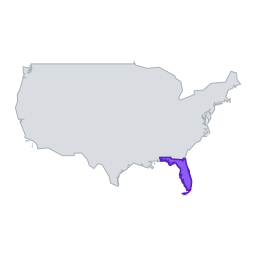 Florida highlighted on a map of United States of America
{"feature_id": "USA-3542", "entity_name": "Florida", "entity_type": "State", "adm_level": 1, "iso_a3": "USA", "parent_name": "United States of America", "parent_adm1": "", "projection": "equal_earth", "projection_center": [-82.742, 27.771], "detail": "fine", "context": "in_parent", "style": "filled", "palette": "violet", "viewbox_px": 256, "rotation_deg": 0, "n_neighbors": 0, "source": "natural_earth", "source_scale": "10m", "svg_char_len": 8938}
<svg xmlns="http://www.w3.org/2000/svg" viewBox="0 0 256 256"><path d="M210.9,83.4L225.6,82.0L231.0,71.3L236.5,73.1L237.1,79.8L240.6,84.2L235.1,85.8L234.9,87.1L233.9,85.5L232.7,88.2L228.4,90.0L225.8,96.8L228.4,99.8L230.1,99.4L229.6,98.1L230.1,98.7L230.3,100.2L225.6,101.1L224.6,99.6L224.2,101.7L218.7,102.2L214.7,105.0L215.1,103.4L214.6,102.4L213.6,106.1L214.8,106.8L214.5,110.0L211.8,114.1L208.8,111.5L210.5,108.9L208.6,110.7L209.4,113.6L210.7,115.3L211.0,117.1L207.6,123.9L208.6,119.6L205.7,115.6L207.5,111.4L204.7,112.7L205.8,118.9L203.1,117.0L202.2,117.2L203.0,115.3L202.9,114.7L202.0,116.2L202.0,117.5L206.1,119.9L205.3,121.1L203.4,118.9L202.7,118.5L205.0,121.1L206.0,121.6L205.5,123.2L204.2,122.0L206.2,124.4L205.7,124.7L204.8,123.5L202.3,122.9L205.4,125.2L207.4,125.2L209.4,131.0L207.6,126.5L208.2,129.4L204.5,128.8L207.2,131.7L208.5,130.9L206.9,133.5L203.3,132.6L205.5,134.0L203.7,135.3L205.9,136.3L201.9,136.9L199.9,141.2L196.2,142.4L189.1,150.3L188.1,149.4L185.4,156.7L185.2,158.5L186.4,164.1L191.5,180.9L189.8,189.9L187.1,190.5L184.5,185.6L184.0,181.6L180.2,177.0L181.5,175.0L179.7,175.1L180.5,169.2L176.1,163.4L169.3,164.7L168.1,161.4L161.5,161.1L162.3,159.8L161.1,161.1L158.1,161.7L158.1,159.1L157.6,160.9L148.4,161.4L152.2,162.7L150.8,165.1L153.7,167.4L152.2,168.7L149.0,165.5L148.7,168.0L144.2,166.9L141.8,163.9L140.2,165.4L133.6,163.1L129.6,166.4L130.7,165.5L128.6,164.6L127.4,168.8L123.2,171.4L124.2,170.6L121.6,170.2L122.4,171.6L119.2,173.4L117.8,178.0L116.5,177.3L117.6,178.5L117.6,182.8L118.8,185.4L117.8,186.3L110.5,183.0L109.2,176.7L102.0,164.4L98.0,163.7L93.8,168.6L89.2,165.3L87.5,159.7L81.7,153.1L74.3,153.1L74.1,155.6L62.3,155.6L47.9,147.9L37.8,148.9L37.0,144.7L33.2,140.8L24.9,137.7L25.3,134.8L20.0,121.8L20.4,120.4L21.6,122.1L21.2,119.3L24.4,119.1L18.4,119.4L15.4,107.5L17.6,101.3L17.3,94.4L19.7,89.9L23.2,77.3L26.1,77.7L23.0,77.0L24.7,73.7L23.5,73.7L23.1,66.8L30.0,68.0L27.8,71.6L30.7,69.1L29.8,72.1L27.9,72.8L29.1,73.0L30.8,71.7L31.9,68.6L31.0,63.9L133.9,63.9L134.0,62.1L135.8,65.1L147.2,68.4L159.0,67.2L174.8,75.8L175.4,78.0L180.8,81.6L182.5,90.5L178.5,97.8L180.3,100.2L194.5,94.4L194.0,91.1L195.2,90.5L203.1,90.2L210.9,83.4ZM220.5,103.7L222.8,103.4L214.5,105.5L221.3,102.9L220.5,103.7ZM30.9,66.8L31.4,68.7L31.3,69.0L30.3,67.6L30.9,66.8ZM118.7,184.6L117.9,180.9L118.0,178.7L118.1,181.0L118.7,184.6ZM235.7,86.1L235.8,87.1L235.4,86.9L235.7,86.1ZM141.8,165.0L142.0,165.8L141.2,165.1L141.8,165.0ZM27.8,141.1L28.9,140.6L29.0,140.7L27.8,141.1ZM26.8,140.7L26.3,141.3L26.1,140.8L26.8,140.7ZM227.8,101.3L227.2,102.0L227.0,101.8L227.8,101.3ZM118.7,176.8L118.1,178.5L119.6,175.2L118.7,176.8ZM190.0,175.3L191.0,178.7L189.9,175.0L190.0,175.3ZM32.6,143.7L33.0,144.6L32.6,143.8L32.6,143.7ZM190.2,190.4L189.4,191.5L190.7,189.3L190.2,190.4ZM209.8,133.0L208.9,134.2L209.6,131.3L209.8,133.0ZM30.3,65.3L30.1,65.8L29.8,65.5L30.3,65.3ZM122.4,172.3L121.0,173.0L122.5,172.0L122.4,172.3ZM230.1,101.6L230.1,102.4L229.3,102.2L230.1,101.6ZM32.3,146.2L32.5,147.2L32.1,146.3L32.3,146.2ZM120.6,173.7L120.0,174.1L120.5,173.4L120.6,173.7ZM210.6,118.4L209.7,120.1L210.8,117.8L210.6,118.4ZM129.2,167.1L128.2,167.8L129.6,166.7L129.2,167.1ZM185.6,157.5L185.4,158.9L185.4,158.0L185.6,157.5ZM206.2,136.5L205.9,136.8L206.8,135.8L206.2,136.5ZM171.7,164.5L170.6,165.2L170.1,165.0L171.7,164.5ZM157.7,161.4L157.4,161.7L156.8,161.6L157.7,161.4ZM182.7,181.7L182.9,182.7L182.5,181.5L182.7,181.7ZM154.7,163.3L154.5,164.2L154.5,162.6L154.7,163.3ZM187.6,192.8L187.0,192.9L187.9,192.6L187.6,192.8ZM214.3,110.5L213.9,111.3L214.4,110.2L214.3,110.5ZM208.2,134.5L207.8,134.8L207.7,134.8L208.2,134.5Z" fill="#d9dde1" stroke="#a8b0b8" stroke-width="1"/><path d="M161.0,161.1L160.3,161.1L160.5,161.1L160.5,160.9L160.9,160.5L160.6,160.3L160.5,160.0L160.6,159.2L160.2,158.9L159.7,158.1L159.9,157.4L170.7,157.4L170.9,158.0L171.0,158.7L171.2,159.0L182.2,159.8L182.3,160.3L182.3,160.6L182.5,160.9L183.0,160.9L183.2,159.7L183.0,159.3L183.0,158.9L183.4,158.4L184.6,158.9L185.5,159.1L185.6,160.0L185.3,159.5L185.3,159.9L185.7,160.4L185.7,161.3L186.4,164.4L187.8,168.2L189.0,170.5L189.4,171.5L189.2,171.9L189.2,173.0L189.4,173.8L189.8,174.7L189.8,174.9L189.2,173.7L189.1,173.0L189.1,172.0L189.2,171.3L189.1,170.8L188.9,170.7L188.8,170.8L188.4,170.7L188.5,170.0L188.1,169.7L188.6,172.1L190.1,176.1L190.3,176.9L190.9,178.7L190.9,178.8L190.8,178.7L190.4,178.5L191.1,179.1L191.4,180.0L191.4,180.3L191.6,180.9L191.5,181.2L191.6,182.2L191.3,184.7L191.2,185.0L191.3,185.1L191.2,186.8L191.2,186.1L191.0,186.3L191.0,186.9L190.7,187.1L190.5,187.7L190.3,188.5L190.5,189.1L190.0,189.8L190.1,190.2L189.9,189.9L189.7,190.0L189.9,190.0L189.9,190.3L189.8,190.1L189.6,190.0L189.6,189.8L189.4,189.8L189.2,190.2L189.0,190.3L188.8,190.4L188.4,190.4L188.2,190.2L187.9,190.4L187.1,190.5L186.8,189.9L186.8,189.5L187.0,189.3L187.2,189.7L187.6,189.9L187.5,190.0L187.8,190.0L187.9,189.8L187.6,189.4L186.9,189.0L186.6,188.2L186.3,187.2L186.2,187.2L186.0,186.9L186.0,186.6L185.5,186.1L185.0,186.1L184.9,185.8L184.8,186.0L184.6,185.9L184.5,186.1L184.4,186.0L184.4,185.8L184.6,185.9L184.7,185.6L184.4,185.5L184.2,184.7L184.1,185.0L183.9,183.0L183.8,182.7L183.7,183.0L183.2,182.8L183.3,182.6L183.6,182.4L183.7,182.1L184.2,181.5L183.7,181.9L183.5,182.4L183.1,182.5L182.9,181.7L183.0,180.6L182.8,180.4L183.3,180.1L183.3,179.9L182.8,180.1L182.6,180.3L182.5,180.0L182.3,180.0L182.1,179.8L182.4,180.2L182.6,181.0L182.5,180.8L182.4,181.0L181.9,180.7L181.8,180.2L181.7,180.1L181.8,180.4L181.7,180.3L181.3,179.3L181.2,178.6L180.9,178.3L181.0,178.1L180.8,177.6L180.3,177.3L180.2,176.9L180.5,177.2L180.4,177.0L180.5,176.9L180.8,177.0L180.6,176.9L180.8,176.7L180.6,176.8L181.6,175.3L181.5,174.7L181.3,174.6L181.2,175.2L181.0,174.5L180.6,174.4L180.3,174.0L180.3,174.4L180.5,174.4L180.2,174.6L180.9,174.8L180.7,175.0L180.6,175.8L179.8,175.1L180.1,175.7L180.2,176.1L179.7,175.2L179.6,174.7L179.8,174.5L179.7,174.8L180.0,173.6L179.9,173.1L180.2,172.5L180.4,171.7L180.6,170.3L180.5,169.9L180.3,169.7L180.6,169.8L180.6,169.2L180.2,168.8L179.9,167.6L178.9,167.5L178.7,167.0L178.4,166.8L178.1,166.3L177.3,165.6L177.4,164.9L176.7,164.5L176.2,163.4L174.7,162.4L174.1,162.6L174.0,162.4L173.2,162.8L173.2,163.0L173.3,162.9L173.4,163.1L172.9,162.9L172.9,163.0L173.4,163.3L173.4,163.5L172.7,163.4L171.2,164.4L171.2,164.1L170.6,164.5L170.1,164.5L169.2,164.8L169.0,164.5L168.9,163.8L169.0,163.7L169.1,164.5L169.3,164.7L169.4,164.1L169.2,163.6L168.4,162.9L168.6,163.1L167.8,162.2L168.1,162.3L168.8,162.8L169.0,162.6L168.9,162.6L168.7,162.8L168.6,162.4L168.6,162.2L168.3,162.2L168.3,162.3L167.6,161.9L167.9,161.6L168.1,161.6L168.3,161.4L168.2,161.1L168.1,161.4L167.7,161.6L167.5,161.2L167.1,161.5L167.5,161.7L167.6,162.0L166.2,161.3L164.4,160.7L165.0,160.8L165.2,160.5L165.5,160.8L165.5,160.7L166.0,160.8L165.9,160.4L165.7,160.3L165.6,160.1L164.8,160.4L164.7,160.3L164.8,160.1L164.6,160.2L164.5,160.3L164.0,160.5L163.2,160.6L161.5,160.9L162.3,160.7L162.6,160.4L162.8,160.5L162.3,160.1L162.5,159.8L162.2,159.6L162.0,160.5L161.8,159.8L161.6,159.7L161.7,160.2L161.6,160.5L161.2,160.7L161.2,161.0L161.0,161.1ZM188.6,171.1L189.0,170.8L189.1,171.0L188.9,171.7L188.9,172.6L188.9,172.9L188.6,171.5L188.6,171.1ZM190.7,189.3L190.3,190.3L189.8,190.8L189.4,191.5L190.0,190.6L189.9,190.4L190.1,190.4L190.3,189.9L190.2,189.6L190.6,189.2L190.7,189.3ZM163.6,160.7L164.3,160.7L161.3,161.1L161.1,161.1L163.6,160.7ZM190.5,177.5L189.8,175.0L190.2,175.9L191.0,178.9L190.5,177.5ZM182.9,182.7L182.7,182.1L182.5,181.5L182.8,181.8L182.9,182.7ZM182.7,182.9L183.1,183.0L182.9,183.1L182.6,182.9L182.4,182.4L182.7,182.9ZM170.2,165.0L169.9,164.8L169.7,164.7L170.3,164.7L170.2,165.0ZM185.4,193.3L184.8,193.6L185.2,193.4L185.1,193.2L185.3,193.4L185.2,193.0L185.4,193.3ZM170.7,165.1L171.9,164.3L171.5,164.7L170.8,165.1L170.4,165.2L170.2,165.0L170.7,165.1ZM185.7,192.6L186.0,193.0L186.1,193.3L185.7,192.6ZM185.9,186.6L185.7,186.7L185.7,186.4L185.9,186.6ZM180.5,177.7L180.4,177.4L180.8,178.0L180.5,177.7ZM184.5,193.5L184.8,193.5L184.5,193.8L184.5,193.5ZM185.6,186.5L185.4,186.4L185.4,186.5L185.3,186.3L185.5,186.3L185.6,186.5ZM184.5,186.1L184.6,186.3L184.5,186.1ZM187.2,193.0L187.0,192.9L187.4,192.8L187.2,192.9L187.2,193.0ZM172.1,164.1L172.4,164.0L172.0,164.2L172.1,164.1ZM182.0,181.0L182.1,181.5L182.0,181.0ZM185.5,193.1L185.5,193.3L185.3,193.1L185.5,193.1ZM188.4,192.1L188.4,192.3L188.2,192.4L188.4,192.1ZM191.1,187.4L191.0,187.2L191.1,187.4ZM191.0,188.4L190.9,188.9L191.0,188.4ZM187.9,192.6L187.7,192.7L187.4,192.8L187.8,192.6L187.9,192.6ZM187.2,189.5L187.4,189.5L187.2,189.5ZM184.4,193.7L184.4,193.8L184.3,193.7L184.3,193.8L184.1,193.9L184.4,193.7ZM182.2,181.8L182.2,181.6L182.3,182.1L182.2,181.8ZM185.2,186.1L185.3,186.2L185.2,186.4L185.2,186.1ZM187.2,189.3L187.2,189.5L187.0,189.3L187.2,189.3ZM178.8,167.7L178.9,167.8L178.8,167.7ZM188.8,191.9L188.8,192.0L188.7,192.1L188.8,191.9ZM182.8,193.7L182.7,193.6L182.8,193.6L182.8,193.7ZM189.2,191.6L189.0,191.8L189.2,191.6ZM189.0,173.2L188.9,172.9L189.0,173.2Z" fill="#8b5cf6" stroke="#5b21b6" stroke-width="1.5"/></svg>